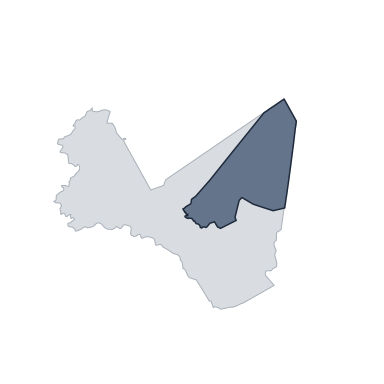 Tombouctou, Timbuktu, Mali (highlighted), rotated 61°
{"feature_id": "8926073B54989133575544", "entity_name": "Tombouctou", "entity_type": "district", "adm_level": 2, "iso_a3": "MLI", "parent_name": "Mali", "parent_adm1": "Timbuktu", "projection": "robinson", "projection_center": [-3.022, 20.751], "detail": "fine", "context": "in_parent", "style": "filled", "palette": "slate", "viewbox_px": 384, "rotation_deg": 61, "n_neighbors": 0, "source": "geoboundaries", "source_scale": "gbopen_adm2", "svg_char_len": 6147}
<svg xmlns="http://www.w3.org/2000/svg" viewBox="0 0 384 384"><g transform="rotate(61 192 192)"><path d="M82.9,279.4L83.0,278.1L82.1,277.2L82.0,276.8L82.6,273.1L82.6,272.1L83.0,270.3L82.3,269.4L82.2,268.8L80.7,266.4L80.2,264.4L79.4,263.0L77.6,262.6L76.9,263.8L76.5,263.9L75.8,263.1L75.6,262.4L75.6,261.8L73.2,258.6L73.4,256.9L74.3,256.0L74.7,254.5L73.8,252.8L73.9,251.2L73.8,248.9L72.5,246.9L71.6,246.0L70.8,244.6L71.4,241.4L70.1,238.7L72.7,239.8L73.9,238.8L75.1,237.4L76.1,235.6L76.6,233.3L76.8,231.3L77.9,228.3L79.1,226.8L81.7,224.7L82.4,224.9L86.6,229.4L89.0,231.7L89.8,232.9L90.6,232.9L91.8,230.7L93.1,228.8L93.6,228.3L97.8,228.1L100.0,228.4L102.0,229.0L104.7,229.2L112.1,227.7L112.2,226.8L112.1,225.8L112.4,224.9L113.0,224.2L113.5,224.0L113.7,226.6L114.3,227.0L116.1,227.1L170.2,227.1L172.5,213.8L168.5,209.0L155.1,66.5L180.8,66.5L185.3,69.7L268.0,132.3L268.4,134.3L268.3,137.1L269.0,138.0L270.2,138.9L274.9,141.5L275.2,142.1L275.4,143.2L276.0,144.5L277.0,145.3L278.2,145.9L279.6,146.3L283.8,146.7L284.7,147.4L286.6,149.9L287.6,150.3L293.4,151.7L295.2,152.3L297.3,153.5L298.3,154.5L298.3,158.4L299.2,160.9L299.1,161.5L298.2,162.6L298.0,163.3L297.0,165.3L297.2,166.1L299.2,167.6L300.2,168.0L301.4,168.0L313.5,165.4L313.9,201.7L313.5,202.3L313.2,208.7L312.4,212.5L310.8,215.3L309.9,219.5L309.3,220.3L308.9,222.7L308.0,224.1L306.4,224.6L303.6,227.3L303.4,229.4L296.9,228.3L296.4,228.3L296.1,228.6L296.0,229.7L279.1,230.4L270.9,230.9L265.7,235.8L262.3,236.2L258.1,235.8L255.9,235.8L255.0,236.1L254.9,237.0L248.2,234.5L245.7,235.3L245.3,235.0L244.9,234.5L243.7,234.2L241.8,234.3L240.4,234.7L236.2,238.5L233.9,239.5L229.6,241.8L226.6,243.8L225.5,244.2L223.9,244.2L222.5,244.7L221.3,249.1L220.4,249.5L215.3,247.7L214.3,248.0L213.4,248.5L210.6,251.1L209.2,253.2L208.4,256.0L208.5,257.8L208.0,258.3L206.7,258.5L204.4,257.9L203.6,258.2L203.3,259.5L203.4,262.5L202.8,264.5L201.4,265.2L200.3,266.0L199.5,266.2L198.8,266.0L194.7,263.0L193.3,262.5L191.7,262.8L190.3,264.1L187.6,267.3L187.9,268.4L188.6,269.7L189.2,271.3L189.1,272.8L185.4,274.8L186.2,276.4L186.1,280.5L184.4,282.4L183.8,283.6L182.1,284.9L180.6,285.7L176.1,286.7L174.2,288.1L173.4,289.1L173.2,290.2L173.3,291.6L174.2,294.3L173.9,296.7L173.2,299.6L172.5,300.9L170.3,302.4L170.6,304.3L170.8,307.0L170.5,310.5L169.8,312.8L169.3,312.6L167.3,312.7L165.1,313.4L164.3,314.0L164.1,314.8L162.2,316.7L161.0,316.6L159.8,316.1L159.2,315.6L159.1,315.3L159.9,313.8L159.9,313.2L159.2,310.6L159.3,309.9L159.0,307.9L158.9,307.8L156.4,308.7L156.3,309.0L156.7,310.3L156.4,310.6L155.6,310.5L154.4,310.1L153.0,308.9L152.7,309.3L152.5,310.2L152.5,311.4L152.8,313.4L152.4,314.1L150.3,314.0L148.6,314.2L148.2,314.9L148.0,315.8L148.4,316.7L148.3,317.0L147.6,317.6L147.3,317.6L146.3,316.6L142.5,315.6L142.1,314.3L141.7,314.2L140.5,312.6L140.0,312.6L139.5,312.9L138.0,312.8L136.7,314.2L135.8,316.0L134.7,316.9L133.1,317.3L133.4,316.1L132.9,314.6L129.6,312.6L129.1,311.8L128.2,307.3L128.3,306.0L128.5,304.9L128.4,304.0L128.0,303.3L127.1,302.6L126.0,302.3L124.7,303.2L124.1,303.3L123.5,303.3L123.2,302.9L123.2,302.5L124.7,300.1L125.4,299.1L126.8,298.0L127.1,297.4L127.2,296.9L127.0,296.6L126.1,296.1L124.7,295.0L123.9,294.9L123.2,294.4L122.6,292.7L122.2,292.3L121.5,292.1L120.9,291.7L121.0,287.5L119.6,284.4L118.4,280.3L117.7,279.4L116.6,278.6L115.2,278.0L113.9,277.9L112.5,278.3L112.5,278.7L113.3,280.0L113.4,280.7L113.3,281.4L113.0,281.9L111.1,282.3L108.6,283.8L107.7,285.5L107.1,285.7L106.1,285.5L99.4,282.6L96.6,283.9L94.7,286.4L94.3,287.2L93.4,287.9L92.9,287.9L92.4,287.4L90.5,283.6L89.7,282.7L88.6,282.7L87.7,283.3L86.7,284.6L85.5,285.8L84.8,286.1L84.1,285.9L81.4,283.4L81.2,282.8L82.5,279.8L82.9,279.4Z" fill="#d9dde1" stroke="#a8b0b8" stroke-width="1"/><path d="M238.3,167.2L234.9,166.6L222.2,154.8L221.1,151.0L232.3,144.4L238.2,139.0L247.7,130.1L250.9,118.7L250.4,118.2L249.9,117.9L249.7,117.8L248.9,117.2L248.7,117.0L247.2,115.8L246.7,115.5L246.3,115.1L246.1,115.0L245.7,114.7L243.7,113.2L239.6,110.0L236.5,107.7L234.3,106.0L230.3,103.0L228.7,101.8L226.7,100.3L226.2,100.0L226.2,99.9L225.9,99.7L225.5,99.4L224.9,99.0L224.6,98.8L224.5,98.7L222.0,96.8L218.7,94.4L218.1,93.9L217.9,93.8L217.7,93.6L217.1,93.2L216.1,92.4L215.6,92.0L215.2,91.7L214.9,91.6L214.2,91.1L213.7,90.7L213.4,90.4L212.8,90.0L212.1,89.5L211.8,89.3L211.7,89.2L211.0,88.7L209.6,87.6L208.4,86.8L207.2,85.9L207.0,85.7L206.9,85.7L205.6,84.7L204.2,83.7L203.5,83.2L202.3,82.3L200.7,81.1L200.0,80.6L199.9,80.5L198.7,79.6L194.4,76.6L194.1,76.3L192.8,75.4L192.5,75.2L187.6,71.7L184.2,69.1L183.2,68.3L181.4,67.0L181.1,66.8L180.7,66.4L178.2,66.4L174.7,66.4L174.1,66.4L169.5,66.4L163.6,66.4L159.4,66.4L156.9,66.4L155.5,66.4L155.4,66.5L155.4,66.8L155.5,67.5L155.8,71.0L156.4,77.0L156.7,80.5L156.9,83.4L157.0,84.3L157.2,85.6L157.3,86.4L157.3,86.6L157.4,87.8L157.4,88.1L157.5,88.5L157.5,88.8L157.5,89.2L157.6,89.4L157.6,89.9L157.7,90.5L157.7,90.8L171.0,123.5L175.8,135.3L190.5,171.2L197.6,191.1L197.8,193.0L198.0,194.9L198.3,196.1L199.9,197.2L201.7,198.8L201.9,203.7L202.0,205.1L202.2,205.6L202.3,205.9L202.5,206.4L202.5,206.9L202.5,207.3L202.4,207.6L202.3,207.9L202.5,208.1L202.9,208.0L203.2,208.2L203.6,208.2L204.0,208.2L204.3,208.1L204.6,208.1L204.8,207.9L205.2,207.9L205.7,208.1L206.0,208.2L206.2,207.9L206.3,207.7L206.5,207.6L206.9,207.5L207.1,207.6L207.2,207.8L207.3,207.8L207.5,207.7L207.8,207.5L208.0,207.4L208.4,207.5L208.5,207.5L208.7,207.8L208.8,207.8L208.8,207.7L209.0,207.5L209.0,207.4L209.3,207.2L209.6,207.1L209.8,207.1L210.0,207.1L210.1,206.9L210.0,206.7L210.3,206.8L210.5,206.8L210.5,206.7L210.6,206.9L210.0,208.3L209.8,208.8L209.7,209.4L209.8,209.9L210.4,210.1L212.0,209.4L213.3,208.1L213.1,207.6L213.1,207.3L213.7,206.8L214.2,206.2L214.3,206.1L214.9,205.0L215.2,205.0L215.5,205.0L215.8,205.0L216.3,204.7L216.7,204.7L217.1,204.7L217.6,204.7L218.0,204.7L218.4,204.4L218.6,203.9L218.9,203.7L219.2,203.9L219.7,203.8L220.8,203.8L221.6,203.7L223.2,202.0L223.5,201.9L224.3,201.6L225.1,201.5L226.4,201.5L226.6,201.8L227.0,201.9L227.3,201.7L227.7,201.0L228.2,200.9L227.8,199.6L228.3,198.5L229.6,197.2L229.8,196.0L229.4,194.9L228.0,191.6L229.0,186.8L234.9,186.6L237.6,184.7L238.3,167.2Z" fill="#64748b" stroke="#1e293b" stroke-width="1.5"/></g></svg>